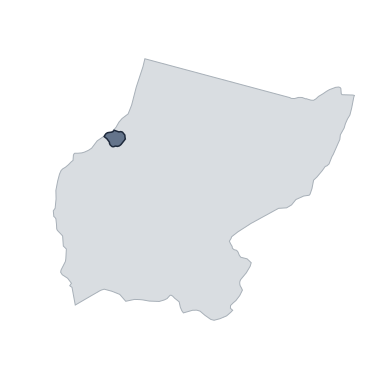 Tororo on a map of Uganda (orthographic projection), rotated 195°
{"feature_id": "UGA-3121", "entity_name": "Tororo", "entity_type": "District", "adm_level": 1, "iso_a3": "UGA", "parent_name": "Uganda", "parent_adm1": "", "projection": "orthographic", "projection_center": [34.082, 0.732], "detail": "fine", "context": "in_parent", "style": "filled", "palette": "slate", "viewbox_px": 384, "rotation_deg": 195, "n_neighbors": 0, "source": "natural_earth", "source_scale": "10m", "svg_char_len": 2729}
<svg xmlns="http://www.w3.org/2000/svg" viewBox="0 0 384 384"><g transform="rotate(195 192 192)"><path d="M272.0,308.5L266.6,308.5L257.9,308.5L249.2,308.5L240.5,308.5L231.7,308.5L223.0,308.5L214.3,308.5L205.6,308.5L196.9,308.5L188.2,308.5L179.5,308.5L170.8,308.5L162.1,308.5L153.4,308.5L144.7,308.5L135.9,308.5L127.2,308.5L122.1,308.5L121.1,308.3L120.4,308.1L117.1,308.8L113.7,310.9L110.1,311.8L106.2,311.4L105.7,311.7L103.8,311.6L100.9,311.5L98.4,312.0L96.5,313.9L94.5,317.1L90.9,320.8L88.1,324.1L85.8,326.4L80.3,330.3L77.4,331.4L75.9,331.2L75.0,330.5L73.3,325.6L72.3,324.8L61.7,327.3L60.1,327.3L60.3,325.8L59.5,314.3L59.4,307.2L60.7,302.8L61.5,297.7L61.6,293.2L63.5,285.6L62.8,281.0L65.3,264.9L66.0,262.3L66.9,254.5L68.5,252.1L69.9,251.2L71.7,246.4L75.2,238.8L77.6,234.9L77.0,226.3L77.4,220.5L78.0,219.2L83.1,217.0L89.7,211.6L92.5,205.3L96.5,201.2L104.2,198.6L126.9,176.9L137.5,165.2L142.1,159.1L142.3,157.0L143.2,154.2L141.4,152.0L139.2,149.9L138.4,148.1L136.5,147.2L133.8,147.2L132.0,145.9L130.0,143.2L128.0,141.6L121.5,141.7L116.5,139.0L116.6,135.3L118.6,128.1L122.4,119.8L122.6,117.5L122.1,115.6L121.2,113.9L119.5,112.2L117.9,110.3L119.1,104.3L121.5,98.5L123.5,95.6L125.4,92.3L124.8,89.6L122.1,88.3L123.5,85.7L126.5,81.3L132.3,76.8L137.5,73.8L140.9,73.8L147.5,76.2L153.4,79.0L156.7,79.1L160.7,78.0L169.0,73.0L171.0,74.6L173.4,77.6L176.0,82.6L181.2,84.9L183.7,86.4L185.5,86.9L186.5,86.5L188.5,82.6L190.9,80.5L195.3,77.8L205.0,75.6L212.0,75.0L214.9,74.5L219.9,73.3L227.7,69.3L235.3,74.4L243.7,75.4L251.7,75.4L254.2,73.8L255.6,72.6L264.1,64.1L275.5,52.6L283.2,68.8L285.8,69.8L285.4,71.2L284.8,72.6L289.8,76.5L295.9,78.5L298.1,80.5L298.3,82.7L296.3,92.2L296.6,94.9L298.6,104.4L302.3,106.5L305.6,116.1L312.1,120.1L313.1,121.3L314.6,125.9L316.6,131.0L318.2,132.2L319.1,132.5L321.1,137.9L320.0,140.9L321.5,150.1L323.9,158.3L324.6,168.1L324.6,172.5L324.6,175.1L324.0,178.9L322.8,181.0L320.7,183.1L318.4,186.4L316.4,190.0L315.1,191.7L316.1,197.0L315.8,198.4L315.3,199.1L312.3,199.9L308.5,201.3L306.2,202.7L302.9,205.4L300.3,208.3L296.8,216.9L291.0,223.6L290.1,225.8L284.6,229.8L282.2,234.7L280.6,240.7L278.5,245.0L273.9,250.9L272.8,260.3L273.0,278.9L271.8,300.2L272.0,308.5Z" fill="#d9dde1" stroke="#a8b0b8" stroke-width="1"/><path d="M291.2,222.8L291.0,223.9L290.2,226.0L289.1,227.3L287.5,228.1L285.5,228.8L284.0,229.8L283.2,231.3L283.2,231.5L282.9,231.5L278.2,231.1L277.3,231.5L276.5,231.9L275.5,231.9L274.6,231.8L271.6,229.6L270.9,227.6L270.1,225.9L270.5,225.4L270.5,224.9L272.9,219.4L274.1,217.8L275.7,216.8L276.6,216.7L277.5,216.6L278.3,216.3L279.0,215.7L279.9,215.3L280.9,215.2L282.1,215.7L283.3,216.4L284.2,217.5L284.7,218.8L288.0,221.4L291.2,222.8L291.2,222.8Z" fill="#64748b" stroke="#1e293b" stroke-width="1.5"/></g></svg>